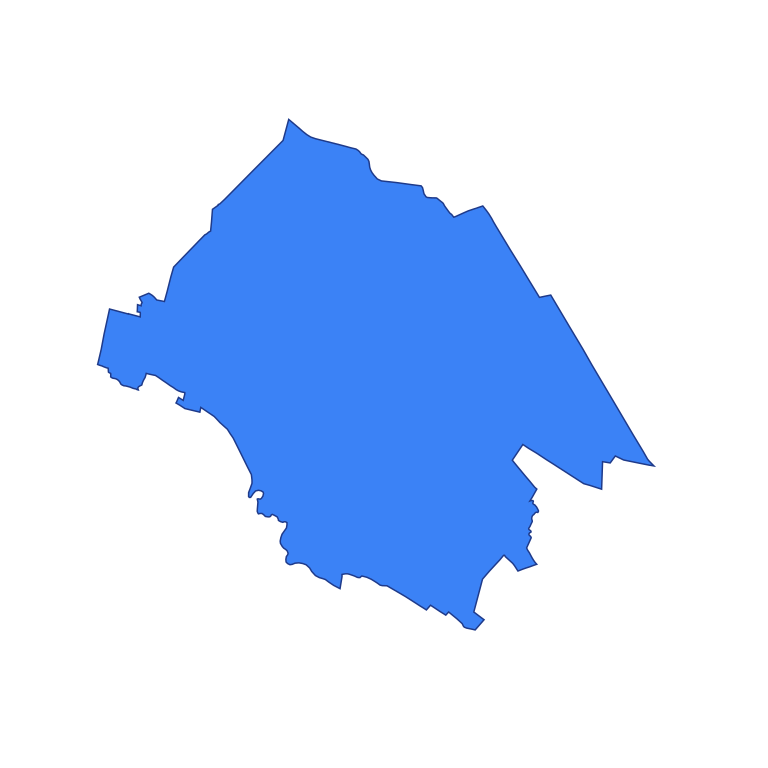 the district of Radauti, Suceava, Romania, rotated 33°
{"feature_id": "2599482B49220638181653", "entity_name": "Radauti", "entity_type": "district", "adm_level": 2, "iso_a3": "ROU", "parent_name": "Romania", "parent_adm1": "Suceava", "projection": "equal_earth", "projection_center": [25.93, 47.847], "detail": "fine", "context": "isolated", "style": "filled", "palette": "blue", "viewbox_px": 768, "rotation_deg": 33, "n_neighbors": 0, "source": "geoboundaries", "source_scale": "gbopen_adm2", "svg_char_len": 5390}
<svg xmlns="http://www.w3.org/2000/svg" viewBox="0 0 768 768"><g transform="rotate(33 384 384)"><path d="M594.4,540.6L596.3,527.2L593.1,527.0L583.5,526.3L581.7,520.8L575.2,501.0L572.9,494.0L574.3,483.6L576.9,468.6L577.6,462.6L578.4,462.0L579.8,462.7L585.3,463.6L589.6,464.3L592.4,465.3L598.2,467.9L600.0,465.4L601.3,463.6L603.3,461.0L605.9,457.8L608.5,454.3L610.3,452.0L608.0,451.4L605.3,450.3L603.0,449.2L600.6,447.9L597.9,446.4L594.9,445.1L592.9,443.8L591.2,432.8L590.4,432.2L589.7,431.9L588.3,431.8L587.2,431.0L587.2,430.3L587.1,429.5L587.5,429.0L587.9,428.4L587.7,427.7L587.2,427.3L586.7,427.2L584.7,427.1L584.4,426.7L584.0,426.3L584.0,423.9L583.6,421.3L583.3,418.8L583.0,418.2L582.2,417.4L581.4,416.8L580.6,415.3L580.3,414.3L580.3,413.3L580.5,412.4L580.8,411.7L580.8,410.8L581.1,409.4L581.5,408.6L582.2,408.2L582.9,408.0L583.0,407.3L582.9,406.8L582.7,406.3L581.7,405.6L580.3,404.8L578.8,404.0L577.0,403.5L576.5,403.3L575.2,403.4L574.8,403.4L574.0,403.2L573.5,402.4L573.3,401.4L573.0,400.9L572.3,400.7L570.7,401.8L570.1,402.6L570.0,398.4L569.4,388.9L566.6,388.5L558.7,386.0L552.6,384.2L542.6,381.1L535.4,378.8L533.1,378.0L533.4,359.1L540.3,359.2L549.3,358.9L561.6,359.0L569.8,358.9L574.1,358.9L605.8,358.8L611.9,356.9L623.8,353.7L609.6,330.1L616.7,327.0L617.2,318.4L626.4,317.2L632.0,315.0L637.6,312.8L650.7,307.6L651.5,307.2L655.0,305.7L648.3,304.2L646.0,303.5L638.3,299.5L621.0,291.1L586.9,274.1L547.6,254.6L532.0,246.5L508.3,234.9L475.4,218.6L471.5,222.4L467.2,226.7L450.1,218.5L434.6,211.0L417.3,202.9L392.7,191.0L387.7,188.5L384.1,186.5L379.2,184.2L375.3,182.7L370.2,181.0L369.9,180.9L360.3,193.0L357.8,196.8L353.0,204.3L351.7,206.1L349.8,205.5L348.5,205.0L347.3,204.9L346.1,204.8L343.6,203.9L342.3,203.4L337.9,201.7L335.4,200.3L335.1,200.2L334.0,200.0L332.6,199.9L330.6,199.7L328.0,199.4L327.5,199.4L326.9,199.3L325.8,199.9L322.3,202.1L318.7,204.0L317.2,204.1L315.2,203.2L314.3,202.9L313.3,202.1L311.3,200.1L309.3,198.3L307.2,197.6L298.5,201.8L284.9,208.2L271.2,215.1L266.7,215.7L264.9,215.2L261.9,214.4L260.6,213.9L258.9,213.3L256.2,211.8L255.2,211.0L254.1,210.1L253.3,209.2L251.8,207.4L250.1,205.5L248.1,204.3L242.1,203.1L240.4,203.4L239.3,203.4L237.0,202.5L235.1,202.2L232.5,202.2L231.1,202.7L228.6,203.6L225.6,204.6L223.0,205.4L217.2,207.3L192.9,215.6L188.1,216.8L183.4,216.9L178.2,216.4L174.3,215.8L160.0,214.0L166.7,234.7L158.2,275.2L149.8,315.9L148.2,322.4L147.2,323.8L147.6,324.4L145.0,330.9L151.1,342.1L155.3,350.2L154.3,352.0L153.5,354.8L152.5,356.5L150.8,364.9L146.5,387.0L143.9,400.5L146.9,410.3L151.8,424.7L154.9,434.4L147.7,437.3L144.1,436.3L141.6,435.9L138.8,435.9L137.3,436.0L131.5,444.5L132.3,445.0L133.0,445.5L134.2,446.1L135.3,446.6L136.8,447.5L136.9,449.2L137.7,450.7L134.1,451.7L135.9,454.7L137.6,457.6L137.7,457.8L140.2,456.8L140.5,456.7L141.0,457.2L143.0,460.5L137.5,462.3L133.3,463.7L132.4,464.0L131.5,464.2L131.6,464.5L113.0,470.6L122.1,494.7L127.9,508.8L130.4,515.7L132.9,522.7L133.1,523.3L133.2,523.6L135.1,523.2L137.9,522.4L139.0,522.3L142.3,521.6L144.1,521.0L145.0,522.2L146.4,524.1L147.1,524.2L149.0,524.0L149.9,525.2L150.9,526.9L152.1,527.0L153.5,526.8L155.3,526.0L156.6,525.6L158.1,525.5L159.6,525.7L161.1,526.1L162.5,526.9L163.4,527.4L164.8,527.5L166.7,527.2L168.7,526.2L171.2,525.4L172.7,524.9L175.9,524.3L177.6,523.7L178.5,523.3L180.0,523.2L181.2,522.8L180.7,522.4L179.9,521.7L179.6,520.9L179.7,519.9L180.2,518.8L181.1,517.3L181.4,516.7L181.2,516.1L180.8,514.9L180.5,513.5L180.2,511.2L180.1,508.8L179.5,506.6L178.8,504.6L181.7,503.6L186.7,501.7L187.5,501.3L191.7,501.3L195.8,501.5L200.9,501.6L205.5,501.8L209.1,501.7L212.7,501.9L215.3,501.7L218.3,501.0L221.6,499.7L222.4,500.9L223.9,505.3L224.5,507.1L219.0,507.2L219.8,511.9L219.9,513.2L224.4,513.0L229.4,513.0L230.2,513.1L237.0,510.7L244.9,507.9L243.1,503.4L248.6,503.5L259.3,503.7L262.3,504.4L267.4,505.7L274.4,506.8L275.8,507.0L277.2,507.2L282.4,509.6L284.9,510.6L287.0,511.5L298.7,518.4L314.3,527.7L322.1,532.2L325.5,536.3L327.4,539.2L328.7,544.6L329.6,548.8L331.7,552.1L332.8,552.5L333.9,551.7L334.0,546.9L334.3,545.4L334.5,543.7L336.6,541.5L339.2,540.5L341.5,540.5L342.5,541.3L343.5,543.9L343.5,546.7L342.9,548.0L340.8,548.9L340.4,549.6L341.8,550.9L342.7,551.9L345.8,557.7L347.0,559.8L348.3,560.8L349.4,561.3L350.7,560.0L352.3,559.0L354.5,559.2L356.6,559.7L358.0,559.1L359.3,558.5L360.5,557.6L360.9,556.6L360.8,555.1L361.3,554.2L363.1,553.9L366.7,553.6L368.8,554.8L369.8,555.9L372.1,555.8L374.5,555.1L375.2,554.0L376.4,553.2L378.1,553.1L379.3,554.9L380.6,557.9L380.3,565.5L381.2,569.1L382.5,572.3L384.0,574.1L387.2,575.7L389.4,576.3L391.5,576.3L393.5,576.6L395.7,578.1L396.2,579.6L396.1,581.9L397.2,584.5L398.8,586.6L400.9,587.1L403.5,586.8L405.2,585.3L407.0,582.7L409.2,581.0L410.1,580.3L413.7,578.8L417.2,578.0L421.9,578.8L425.5,580.6L430.8,582.0L435.2,581.6L438.5,580.6L441.3,579.9L445.5,580.2L451.5,580.3L458.6,579.6L453.7,568.4L452.5,566.6L453.8,565.3L455.3,564.0L457.1,562.9L459.0,562.3L461.8,561.6L463.9,561.1L466.9,560.7L468.3,560.1L469.3,559.4L469.6,558.1L470.0,557.1L472.2,556.3L475.0,555.4L479.7,554.7L484.0,554.6L486.9,554.6L490.2,554.8L492.3,554.1L495.6,552.1L496.4,551.6L517.2,550.6L530.1,550.5L535.2,550.5L538.6,550.4L540.4,550.4L542.6,550.4L543.5,544.2L547.0,544.2L555.0,544.3L559.7,544.2L560.7,544.2L561.7,544.2L562.4,540.0L573.0,541.2L580.1,542.4L582.6,543.9L583.8,544.2L586.3,543.7L591.6,541.6L594.4,540.6Z" fill="#3b82f6" stroke="#1e3a8a" stroke-width="1.5"/></g></svg>